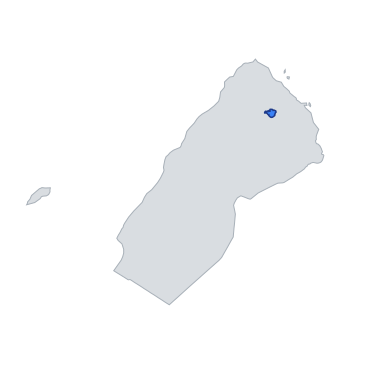 Dawran Anis, Dhamar, Yemen shown in context, rotated 148°
{"feature_id": "15242507B11667753358697", "entity_name": "Dawran Anis", "entity_type": "district", "adm_level": 2, "iso_a3": "YEM", "parent_name": "Yemen", "parent_adm1": "Dhamar", "projection": "orthographic", "projection_center": [44.103, 14.829], "detail": "fine", "context": "in_parent", "style": "filled", "palette": "blue", "viewbox_px": 384, "rotation_deg": 148, "n_neighbors": 0, "source": "geoboundaries", "source_scale": "gbopen_adm2", "svg_char_len": 4363}
<svg xmlns="http://www.w3.org/2000/svg" viewBox="0 0 384 384"><g transform="rotate(148 192 192)"><path d="M300.1,166.7L288.2,171.7L285.1,173.8L282.3,176.4L280.3,179.6L278.9,185.1L280.3,190.0L280.3,192.6L277.2,194.5L274.3,195.9L271.1,197.9L269.2,198.5L267.6,200.1L265.7,201.2L259.0,204.3L251.6,206.7L239.8,209.6L235.3,212.6L231.2,214.6L224.9,215.3L216.2,218.2L211.4,220.5L205.5,224.1L204.2,225.3L203.2,227.9L201.3,230.1L197.8,233.8L195.1,235.8L193.3,235.9L189.7,237.0L185.5,237.3L178.5,236.1L176.7,237.0L175.2,238.5L169.8,241.1L164.3,246.1L160.3,247.5L153.7,249.2L149.1,251.3L146.1,252.2L142.1,252.7L134.7,252.5L127.8,253.3L121.3,254.8L118.3,257.5L114.8,261.7L109.2,263.5L107.9,265.0L106.1,268.1L102.4,268.9L99.1,269.5L95.7,268.1L89.3,271.9L86.9,272.5L83.2,272.6L80.6,273.4L78.7,273.2L76.4,271.7L71.4,270.0L67.8,271.1L67.5,267.5L61.5,256.7L62.8,247.3L62.8,245.9L61.6,241.7L58.1,237.8L58.2,232.9L57.0,229.4L56.1,225.9L56.4,224.9L56.5,224.0L54.7,218.5L54.1,217.4L53.9,216.2L54.5,215.3L54.4,214.3L53.5,212.6L52.5,209.4L47.7,206.8L48.7,204.5L49.6,205.3L50.9,206.0L51.1,204.5L51.2,203.3L49.2,196.1L52.2,186.6L51.3,178.0L55.9,174.5L57.0,173.5L57.7,172.6L58.8,170.6L60.2,170.0L60.8,167.9L60.7,166.9L59.8,166.0L59.1,163.6L59.3,160.5L59.6,159.3L60.1,156.9L61.7,156.1L62.0,155.4L60.8,153.9L60.9,153.0L63.6,150.6L64.7,149.8L66.4,149.1L67.8,149.1L69.4,149.5L70.8,150.2L72.1,151.5L73.6,152.9L75.8,153.5L77.3,153.3L78.5,153.9L79.5,153.6L80.7,152.9L82.6,152.9L84.3,152.1L89.1,151.7L93.7,151.9L98.6,151.2L103.4,151.3L108.3,151.3L109.3,151.4L110.4,151.8L114.5,154.0L117.6,154.4L123.9,155.0L130.6,155.6L136.4,156.1L141.3,155.5L145.4,155.0L146.5,155.1L147.7,156.4L150.2,159.8L152.6,162.9L156.6,163.0L159.2,161.8L162.1,160.1L163.8,158.7L165.7,153.5L167.0,150.2L169.9,146.4L172.3,143.2L175.6,139.0L177.4,136.6L180.9,132.0L184.3,130.2L190.8,126.6L197.3,123.1L201.5,120.8L205.0,119.8L211.0,118.8L218.1,117.6L225.2,116.4L232.7,115.1L241.0,113.7L246.8,112.7L254.1,111.4L260.1,110.3L265.5,109.4L271.0,108.4L272.2,110.8L273.4,113.3L274.5,115.8L275.7,118.3L276.9,120.8L278.0,123.3L279.2,125.8L280.4,128.2L281.5,130.7L282.7,133.2L283.9,135.7L285.0,138.2L286.2,140.7L287.4,143.2L288.6,145.6L289.7,148.1L290.9,150.6L292.6,151.3L293.7,153.6L295.3,156.9L296.9,160.2L298.5,163.4L300.1,166.7ZM320.7,267.5L322.2,267.8L324.4,266.8L331.0,266.4L339.0,268.8L337.5,269.7L336.7,270.7L333.2,271.8L329.9,274.1L319.9,275.6L316.9,275.2L314.4,273.2L309.9,270.6L311.6,268.8L311.9,268.0L312.6,267.2L315.0,265.8L317.6,265.9L320.7,267.5ZM50.7,238.8L50.3,239.3L49.9,239.2L48.4,237.9L50.0,236.4L50.9,237.8L50.7,238.8ZM46.0,205.0L45.3,205.6L45.0,204.6L45.5,202.4L46.3,201.7L46.9,203.4L46.5,204.3L46.0,205.0ZM49.8,245.6L48.2,246.3L49.3,244.3L50.5,243.9L50.8,244.0L49.8,245.6Z" fill="#d9dde1" stroke="#a8b0b8" stroke-width="1"/><path d="M86.0,214.7L85.9,214.3L85.8,214.1L85.7,213.8L85.5,213.6L85.1,213.2L84.8,213.1L84.3,212.9L84.2,212.8L83.8,212.8L83.5,212.8L83.2,212.8L82.7,212.9L82.4,212.9L82.2,212.9L81.7,212.9L81.3,213.0L81.1,213.3L81.0,213.5L80.9,213.6L80.9,213.8L80.7,213.9L80.6,214.0L80.3,214.2L80.2,214.2L80.1,214.4L79.9,214.5L79.7,214.6L79.4,214.9L79.3,215.0L79.2,215.1L78.9,215.1L78.7,215.2L78.5,215.3L78.4,215.3L78.4,215.6L78.2,215.8L78.1,216.0L78.0,216.4L78.1,216.6L78.6,217.3L78.7,217.6L78.9,217.7L79.0,217.7L79.1,217.8L79.3,217.9L79.4,218.0L79.5,218.0L79.9,218.2L79.8,218.3L79.7,218.5L79.8,218.8L79.9,219.0L80.0,219.2L80.1,219.3L80.2,219.5L80.3,219.6L80.4,219.8L80.5,219.8L80.9,220.0L81.1,220.0L81.3,220.2L81.5,220.3L81.6,220.5L81.8,220.7L82.0,220.6L82.3,220.5L82.4,220.4L82.5,220.4L82.7,220.2L82.8,220.0L82.8,219.9L82.9,219.7L82.9,219.3L83.0,219.3L83.1,219.2L83.3,219.2L83.5,219.5L83.4,219.7L83.4,219.8L83.4,220.0L83.5,220.1L83.9,220.1L83.9,220.3L84.0,220.3L84.1,220.2L84.1,220.3L84.4,220.4L84.6,220.5L84.8,220.6L85.5,220.4L85.8,220.3L86.0,220.3L86.0,220.5L86.1,220.8L86.2,221.0L86.5,221.3L86.8,221.5L87.2,221.5L87.5,221.4L88.0,221.1L88.3,220.9L88.4,220.7L88.5,220.5L88.4,220.4L88.2,220.5L87.9,220.5L87.7,220.5L87.6,220.4L87.5,220.1L87.5,219.9L87.4,219.8L87.2,219.7L86.9,219.8L86.8,219.7L86.7,219.4L86.7,219.2L86.8,219.0L86.7,218.8L86.7,218.7L86.6,218.3L86.6,218.2L86.6,217.9L86.5,217.6L86.4,217.4L86.4,217.2L86.3,216.8L86.3,216.6L86.2,216.6L86.3,216.5L86.3,216.2L86.3,215.9L86.2,215.6L86.2,215.4L86.1,215.2L86.1,214.9L86.0,214.7L86.0,214.7Z" fill="#3b82f6" stroke="#1e3a8a" stroke-width="1.5"/></g></svg>